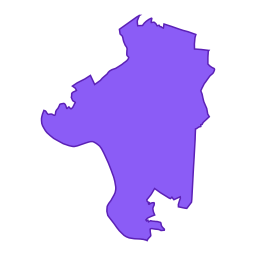 Thuan An, Bình Dương, Vietnam
{"feature_id": "81297802B69956804658452", "entity_name": "Thuan An", "entity_type": "district", "adm_level": 2, "iso_a3": "VNM", "parent_name": "Vietnam", "parent_adm1": "Bình Dương", "projection": "mercator", "projection_center": [106.706, 10.932], "detail": "fine", "context": "isolated", "style": "filled", "palette": "violet", "viewbox_px": 256, "rotation_deg": 0, "n_neighbors": 0, "source": "geoboundaries", "source_scale": "gbopen_adm2", "svg_char_len": 4456}
<svg xmlns="http://www.w3.org/2000/svg" viewBox="0 0 256 256"><path d="M53.7,138.4L56.2,139.8L63.3,143.7L69.2,145.7L73.0,146.5L74.4,146.5L77.2,145.9L85.6,143.0L88.8,142.0L90.7,141.6L92.0,141.6L92.8,141.6L94.0,142.1L96.1,143.3L97.9,144.6L99.7,146.1L101.6,148.8L103.7,152.8L105.7,157.1L108.5,163.3L111.2,170.2L113.0,175.2L113.2,175.6L113.9,177.8L114.8,181.3L115.4,184.8L115.7,186.6L115.8,188.1L115.7,189.7L115.2,192.4L114.2,194.7L111.5,199.5L111.1,200.3L110.9,200.6L108.9,203.2L107.7,205.3L107.2,206.4L107.0,208.2L106.9,210.0L106.9,211.5L107.2,212.8L107.8,215.4L109.0,217.1L113.9,223.4L117.0,227.8L119.3,230.7L119.8,231.2L121.6,233.0L124.1,235.4L126.4,236.8L129.2,237.9L134.1,238.7L140.2,239.0L143.5,239.4L145.6,240.0L145.8,239.8L147.1,240.6L148.0,238.9L148.2,238.7L148.4,238.5L148.5,238.3L148.7,238.1L150.6,236.1L150.7,235.5L150.8,235.4L150.7,234.5L150.3,232.1L150.1,229.2L150.9,228.7L151.5,228.6L151.9,228.6L152.7,228.7L153.7,228.9L155.1,229.1L156.9,229.3L158.2,229.4L158.9,229.6L160.3,230.1L160.9,230.5L161.4,230.5L162.4,230.4L163.6,230.3L164.3,230.2L164.4,229.8L164.3,229.4L164.3,229.1L163.8,228.6L163.0,227.8L162.2,226.9L161.6,226.0L161.2,224.8L161.1,223.9L160.9,223.4L160.9,223.2L160.7,222.6L160.5,222.4L160.0,222.3L158.5,221.9L157.6,221.6L156.9,221.5L155.8,221.5L155.2,221.4L154.6,221.3L154.1,221.3L153.2,221.2L152.4,221.1L152.0,221.1L151.1,220.8L150.7,220.7L148.5,221.8L147.9,220.2L146.6,220.9L145.9,219.9L147.3,218.3L148.7,217.5L151.4,216.3L154.7,215.0L153.5,212.1L153.2,210.8L152.9,209.1L152.9,208.3L153.0,207.7L153.3,206.9L153.9,205.5L154.0,205.4L154.2,204.6L154.2,204.2L154.3,203.5L154.2,203.0L154.0,202.7L153.7,202.7L153.1,202.7L152.1,202.8L151.2,203.1L150.4,203.5L149.4,204.2L149.0,204.3L148.7,204.2L148.5,203.8L148.5,203.5L148.5,203.2L149.1,202.8L149.3,202.6L149.2,202.5L148.8,202.3L148.0,202.0L147.6,201.7L147.2,201.3L147.0,200.7L146.8,199.8L150.7,195.0L151.7,193.5L152.4,192.3L154.6,188.5L160.6,192.8L166.1,196.2L167.7,197.2L168.8,197.9L169.9,198.4L170.3,198.6L170.5,198.6L171.9,197.2L173.9,199.7L178.2,197.7L180.2,196.8L180.4,198.1L179.5,200.6L178.4,204.3L178.3,204.9L178.4,205.7L178.4,206.8L184.6,208.1L186.7,208.4L186.8,208.4L190.9,203.0L191.5,202.2L191.8,199.4L193.5,167.5L194.1,157.6L195.1,139.6L195.2,136.3L195.5,128.9L196.6,128.6L197.8,127.7L199.3,126.8L200.1,126.7L200.8,126.5L200.8,124.7L201.2,124.6L201.9,124.5L202.2,124.3L202.6,123.5L202.5,123.3L202.8,123.0L203.5,122.1L209.3,116.7L207.7,114.0L207.3,111.6L206.7,108.4L205.6,105.9L203.8,101.7L202.9,98.0L202.1,94.1L200.8,90.8L202.1,87.9L204.3,83.6L205.4,82.2L208.8,77.4L210.1,75.7L212.5,73.7L213.3,72.8L214.1,71.0L214.5,69.8L214.5,69.3L214.4,68.9L214.1,68.5L211.7,67.3L210.1,66.1L209.6,65.8L208.5,64.6L207.9,64.0L207.9,62.9L207.9,57.8L208.0,55.5L208.2,52.9L208.2,51.9L208.3,51.3L208.9,50.4L208.6,50.4L201.3,49.5L194.5,49.0L194.4,44.0L195.0,37.6L195.9,34.5L188.0,31.7L183.1,30.4L179.1,29.1L171.7,26.5L164.0,24.0L163.4,28.0L162.3,27.7L161.4,27.0L161.0,26.7L160.4,26.7L159.8,26.5L159.2,25.3L158.7,25.3L158.3,25.5L157.6,25.8L157.1,25.8L156.1,24.0L154.8,22.7L154.3,22.3L153.4,22.2L151.3,22.5L151.2,21.5L151.7,19.2L151.8,18.4L151.5,18.2L150.9,18.4L148.9,19.4L147.6,20.3L146.1,21.4L144.3,23.1L142.5,25.5L137.7,25.7L137.3,22.4L137.3,20.8L138.1,18.7L139.4,15.4L139.5,15.4L136.7,17.0L119.4,29.3L120.1,34.0L121.8,35.6L122.4,36.3L122.9,38.1L123.1,39.3L123.7,41.6L125.2,45.2L126.6,47.2L127.1,48.8L126.9,50.8L126.8,53.2L126.8,54.8L127.1,55.6L127.9,56.4L128.6,57.2L128.7,57.6L128.1,59.1L126.7,60.8L126.3,61.2L125.9,61.3L125.4,61.8L124.1,62.7L122.0,64.4L118.4,66.7L115.6,68.4L111.8,69.7L109.6,71.0L108.3,72.3L107.4,73.6L107.0,74.1L104.2,76.5L102.3,78.2L100.4,80.4L97.5,82.5L94.7,84.5L90.4,75.4L84.8,79.0L81.6,80.6L77.1,82.9L72.4,86.1L75.3,88.2L76.5,90.4L75.5,91.0L73.3,92.0L72.4,92.6L72.0,93.1L71.7,93.6L71.6,96.0L71.3,97.4L71.6,98.1L72.0,99.0L72.3,99.8L72.8,100.7L75.2,102.3L75.3,102.6L74.4,104.0L73.8,105.4L72.7,107.4L72.0,108.1L71.5,108.6L71.1,108.8L70.4,108.6L69.9,108.0L69.3,107.2L69.0,107.0L68.5,107.0L68.1,107.6L67.1,108.5L66.7,108.4L66.4,107.5L65.8,105.7L65.1,104.3L64.1,103.5L63.6,103.4L60.5,104.0L59.8,104.4L59.3,105.7L58.0,108.3L56.4,110.2L55.7,111.7L55.5,113.5L55.1,114.9L54.4,115.3L53.7,115.2L52.8,114.6L51.8,114.1L50.1,114.1L48.7,114.4L48.0,114.3L47.0,113.2L46.5,112.5L46.1,111.7L45.5,111.0L43.9,110.4L42.5,114.1L41.8,116.7L41.5,118.5L41.5,120.6L41.8,123.5L42.6,125.8L43.8,128.0L45.4,130.7L47.0,132.7L50.1,135.5L53.7,138.4Z" fill="#8b5cf6" stroke="#5b21b6" stroke-width="1.5"/></svg>